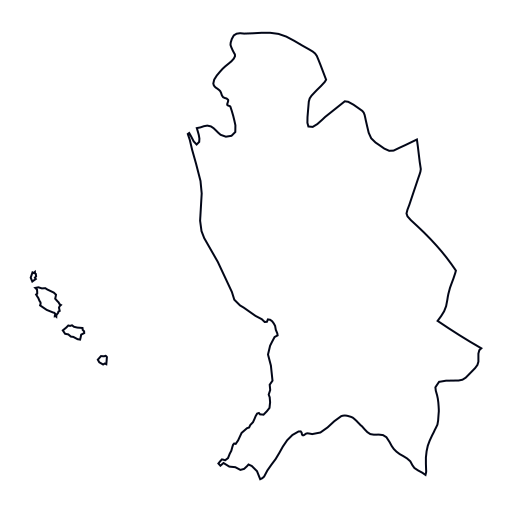 the border of Nayarit
{"feature_id": "MEX-2721", "entity_name": "Nayarit", "entity_type": "State", "adm_level": 1, "iso_a3": "MEX", "parent_name": "Mexico", "parent_adm1": "", "projection": "robinson", "projection_center": [-105.251, 21.861], "detail": "fine", "context": "isolated", "style": "outline", "palette": "ink", "viewbox_px": 512, "rotation_deg": 0, "n_neighbors": 0, "source": "natural_earth", "source_scale": "10m", "svg_char_len": 5099}
<svg xmlns="http://www.w3.org/2000/svg" viewBox="0 0 512 512"><path d="M260.2,479.2L257.0,471.2L251.8,466.0L248.5,464.5L247.2,466.0L244.1,468.9L240.4,469.9L235.3,467.2L229.3,466.6L223.5,463.0L220.4,465.7L218.4,463.5L220.0,461.5L221.9,459.4L223.4,459.7L225.1,460.3L228.0,458.1L229.8,453.6L231.3,450.8L232.4,446.8L233.1,444.7L234.2,443.5L235.7,443.9L238.1,440.4L241.6,432.9L247.0,428.2L249.1,427.5L250.3,425.0L253.0,422.2L254.5,418.9L255.6,416.2L257.1,413.6L258.9,413.0L260.1,414.4L262.0,414.5L263.5,414.7L266.9,411.2L269.5,407.9L270.1,402.3L269.7,397.3L268.7,394.6L270.2,390.0L269.7,384.7L272.5,380.7L270.9,365.6L268.0,354.5L270.1,345.7L271.9,342.1L274.6,337.0L277.6,335.4L277.3,333.4L275.8,329.8L275.1,325.9L273.8,323.5L272.2,321.3L270.2,319.8L267.9,319.4L266.9,321.8L264.7,322.0L261.8,319.2L255.5,315.9L243.7,307.6L240.0,305.4L234.3,299.7L231.9,292.0L217.8,261.9L204.2,238.1L201.5,231.1L200.1,220.7L201.7,193.5L200.5,181.0L196.1,163.9L192.1,149.7L189.8,139.9L187.8,134.0L189.2,133.0L191.0,136.2L193.7,141.4L196.6,144.5L199.2,141.9L199.4,138.6L198.8,135.0L197.8,131.4L196.8,128.1L200.4,127.4L203.9,126.2L207.3,125.6L210.9,126.4L213.6,128.2L215.9,130.4L218.2,132.7L220.6,134.8L225.9,136.7L231.5,135.8L235.3,132.0L235.4,125.3L234.4,120.7L233.2,115.8L231.8,111.0L230.4,106.7L229.8,106.1L228.8,105.8L227.8,105.4L227.2,104.8L227.3,103.7L227.8,102.3L228.2,100.8L228.1,99.8L226.6,98.5L224.8,98.0L223.1,97.2L221.9,95.4L221.0,92.7L220.2,91.1L219.1,90.0L217.3,88.6L215.9,87.7L214.7,86.6L213.8,85.3L213.3,83.5L214.2,79.6L216.8,75.5L220.0,71.7L222.6,68.8L225.2,66.4L228.4,63.8L231.5,61.2L233.8,58.6L235.0,56.2L234.9,54.4L233.9,52.7L232.6,50.2L231.2,47.0L230.5,44.9L230.7,42.6L231.8,39.0L233.8,35.4L236.6,33.7L240.1,33.2L244.2,33.6L252.6,33.3L261.5,32.8L270.2,32.8L278.5,33.9L286.3,36.6L294.2,40.8L302.0,45.4L309.3,49.5L312.8,51.6L315.1,53.5L316.8,55.9L318.4,59.7L320.4,64.7L322.3,69.7L324.2,74.7L326.1,79.7L324.7,82.0L321.0,86.0L316.9,90.0L314.6,92.4L311.5,95.7L309.7,98.4L308.8,101.6L308.4,106.4L308.0,111.0L307.5,117.1L307.4,122.8L308.4,126.5L312.7,126.9L317.3,124.1L321.7,120.2L325.2,116.9L330.1,113.0L335.0,109.1L339.9,105.2L344.8,101.3L348.2,101.8L353.5,104.7L358.8,108.4L362.3,110.9L363.7,112.6L364.6,114.9L365.2,117.5L365.7,119.9L367.2,126.5L368.7,132.8L371.2,138.3L375.5,142.5L379.6,145.3L384.3,148.6L389.2,150.8L393.6,150.6L399.4,147.8L405.3,145.1L411.1,142.3L416.9,139.5L417.9,146.9L418.8,154.4L419.7,161.8L420.8,169.1L420.4,171.7L419.6,174.3L418.7,176.9L417.8,179.5L415.7,185.8L413.6,192.0L411.5,198.3L409.4,204.6L407.4,209.9L406.5,213.5L407.5,216.4L410.9,220.2L417.5,226.3L424.0,232.5L430.3,238.9L436.5,245.6L441.7,251.6L446.6,257.7L451.3,264.0L455.9,270.6L455.2,273.2L453.4,278.6L451.3,284.2L450.0,287.8L449.2,290.8L448.4,293.8L447.8,296.8L447.3,300.0L446.1,306.2L444.1,311.3L441.2,316.0L437.6,320.9L448.4,328.1L459.3,335.1L470.2,341.8L480.1,347.6L481.3,348.3L479.3,350.2L478.4,353.6L478.4,361.7L477.4,365.0L475.1,368.1L465.7,377.7L462.5,379.7L458.7,380.5L445.9,380.7L440.1,381.7L439.1,381.8L436.9,385.0L435.4,387.3L435.8,390.7L437.1,395.3L437.8,398.6L438.3,402.3L438.6,406.1L438.8,409.6L438.8,410.3L438.8,411.1L438.8,411.8L438.7,412.6L438.4,416.6L438.1,420.7L437.4,424.7L435.7,428.2L434.8,429.9L434.0,431.7L433.1,433.5L432.2,435.2L429.7,440.6L427.8,445.7L426.6,451.2L425.9,457.5L425.9,460.5L425.9,463.6L426.0,466.6L426.1,469.6L426.2,471.0L426.1,472.3L425.8,473.6L425.5,474.9L422.1,472.6L418.0,470.4L414.4,468.0L412.4,465.2L410.3,461.3L407.0,458.4L403.3,456.1L399.7,454.1L396.4,451.6L393.8,449.0L391.7,446.0L389.6,442.1L386.4,437.2L383.0,435.1L378.9,434.6L374.0,434.7L370.3,434.1L367.3,432.1L364.6,429.3L362.0,426.3L360.5,425.1L359.2,423.7L357.9,422.4L356.6,421.0L354.3,418.9L352.7,417.6L350.8,416.8L347.7,415.9L346.1,415.6L344.5,415.5L342.9,415.7L341.3,416.1L334.3,421.2L327.6,427.4L320.4,432.5L312.2,434.1L310.7,433.8L309.0,433.5L307.3,433.3L305.9,433.7L305.1,434.3L304.3,434.9L303.5,435.3L302.5,435.2L301.9,434.2L301.6,432.6L300.7,431.4L298.5,431.5L292.4,435.0L287.2,440.2L282.9,446.5L279.2,453.1L275.6,459.1L271.4,464.7L267.4,470.4L264.1,476.6L262.3,478.2L260.2,479.2ZM59.6,306.2L59.0,307.7L59.4,309.6L59.7,310.9L58.4,311.6L58.2,312.7L57.4,313.8L56.4,315.0L56.3,316.7L55.6,316.1L54.8,316.3L54.9,315.2L55.5,314.1L54.3,312.8L53.1,312.5L46.7,309.9L40.1,305.4L40.3,304.7L40.6,303.9L40.5,302.4L39.4,300.7L38.4,298.2L36.8,295.7L36.1,294.5L37.2,293.7L37.2,291.8L37.0,289.6L35.3,287.9L38.4,287.3L41.9,288.4L45.3,288.2L47.3,289.5L53.8,292.6L56.0,294.7L55.7,296.4L55.2,298.7L57.3,301.1L58.6,302.4L59.4,303.9L60.2,304.6L60.9,305.0L59.6,306.2ZM77.4,327.6L80.4,327.8L82.5,328.0L82.7,329.9L84.1,331.3L84.2,333.1L81.2,334.6L80.6,337.6L80.1,339.6L77.6,339.2L73.3,336.9L70.9,336.6L68.3,334.4L65.1,333.8L62.8,330.4L66.2,327.6L68.3,325.5L70.1,325.9L72.0,325.3L74.0,326.8L77.4,327.6ZM106.9,357.1L106.6,360.9L106.3,364.2L104.8,363.5L103.1,364.5L99.3,362.3L97.8,359.7L101.0,356.1L104.0,356.3L105.6,355.8L106.3,356.3L106.9,357.1ZM34.9,271.9L35.0,273.4L35.8,273.9L36.1,276.3L34.9,277.7L35.8,279.0L32.3,281.5L30.7,277.7L31.6,275.0L32.5,272.4L33.6,273.0L34.9,271.9Z" fill="none" stroke="#020617" stroke-width="2"/></svg>